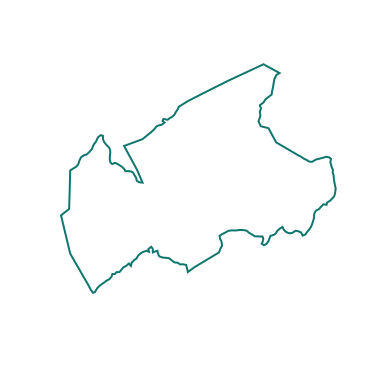 Caririaçu, Ceará, Brazil (Mercator projection), rotated 327°
{"feature_id": "56859067B58793941772217", "entity_name": "Caririaçu", "entity_type": "district", "adm_level": 2, "iso_a3": "BRA", "parent_name": "Brazil", "parent_adm1": "Ceará", "projection": "mercator", "projection_center": [-39.269, -7.028], "detail": "fine", "context": "isolated", "style": "outline", "palette": "teal", "viewbox_px": 384, "rotation_deg": 327, "n_neighbors": 0, "source": "geoboundaries", "source_scale": "gbopen_adm2", "svg_char_len": 2777}
<svg xmlns="http://www.w3.org/2000/svg" viewBox="0 0 384 384"><g transform="rotate(327 192 192)"><path d="M330.2,139.9L321.5,123.8L298.6,120.6L282.3,118.3L258.1,115.6L238.1,113.5L227.4,113.3L225.2,114.8L222.1,116.1L219.3,117.6L216.7,118.1L213.6,117.9L210.9,118.2L207.9,115.2L206.0,116.3L206.7,118.8L203.5,119.1L200.9,118.2L198.0,117.6L195.0,118.7L192.7,119.2L189.2,119.7L185.2,120.1L182.4,120.4L179.1,120.7L160.1,116.4L158.0,143.4L155.6,157.2L152.9,155.0L151.8,152.5L152.9,149.6L152.9,146.8L153.2,143.7L151.8,141.3L149.9,139.8L147.5,138.3L147.7,135.5L146.8,132.3L145.2,128.7L143.4,125.7L140.3,125.1L139.7,122.8L140.8,119.9L142.9,116.9L145.0,114.3L146.2,112.2L146.7,109.7L146.2,107.5L145.8,105.2L145.5,102.3L146.2,99.2L147.9,96.3L146.3,94.6L143.0,94.9L138.6,97.6L135.5,98.7L133.4,100.0L131.5,101.4L127.4,102.6L123.9,103.1L121.1,102.3L117.7,102.5L114.4,104.5L111.4,107.0L108.7,107.7L105.2,107.6L101.6,107.6L98.3,112.4L82.3,135.6L79.7,139.3L69.4,140.3L56.3,177.3L54.3,214.6L53.8,219.2L54.1,222.7L56.4,223.0L58.4,221.8L61.0,220.8L64.3,220.2L68.7,220.1L71.7,219.8L75.2,220.1L78.3,219.2L80.6,217.4L82.5,218.8L85.0,218.1L87.5,219.7L90.6,218.7L93.2,217.8L96.7,218.1L100.1,217.6L100.5,220.7L102.9,218.4L106.6,217.6L109.4,217.5L111.9,216.1L114.7,215.5L118.3,215.6L121.9,216.5L123.3,218.7L124.3,216.1L127.9,215.7L128.2,218.1L126.3,221.4L128.8,221.8L131.0,222.5L130.0,224.8L129.5,228.2L131.7,231.0L136.6,234.9L138.9,241.4L141.6,243.7L142.6,246.3L145.1,247.7L147.4,250.0L145.0,256.9L153.2,256.4L181.7,257.4L185.5,254.6L187.8,253.6L189.1,251.2L189.9,248.9L190.0,246.6L191.3,243.8L194.1,243.7L197.4,244.1L201.5,244.4L204.5,245.9L208.1,248.3L210.3,249.3L213.0,250.9L214.9,252.4L216.8,254.3L217.6,257.2L219.5,261.0L220.6,263.4L223.0,265.0L224.9,266.5L226.9,267.8L226.3,270.1L224.4,272.0L222.3,273.4L223.4,275.8L226.2,276.1L229.2,274.9L231.5,273.3L233.9,271.5L237.2,272.5L239.7,272.4L242.4,271.0L245.9,270.5L248.8,270.5L248.5,274.4L249.5,277.5L251.3,279.8L253.9,280.9L257.8,280.9L260.0,283.1L261.5,285.5L261.0,288.8L263.8,289.4L267.3,288.0L270.2,287.2L272.9,286.0L275.7,284.0L280.2,280.2L282.1,277.5L283.8,276.0L286.0,275.1L289.1,275.5L292.7,274.5L295.5,273.9L297.9,276.0L299.6,274.4L303.2,274.5L306.1,273.8L308.7,273.1L310.7,271.6L312.3,269.8L314.4,267.3L315.9,263.4L317.5,259.5L319.7,255.4L320.6,252.3L322.3,250.0L322.7,247.2L324.2,242.5L326.6,239.9L325.8,237.6L323.6,235.4L320.3,234.6L316.9,233.4L313.5,232.3L309.1,232.1L306.8,230.3L305.8,227.9L304.2,225.4L302.6,221.7L300.4,217.7L293.6,204.1L289.6,196.2L289.9,192.8L290.9,180.1L289.3,178.4L285.5,174.3L286.2,169.0L289.0,166.9L291.1,165.0L292.4,161.9L295.4,159.5L296.1,156.2L300.9,155.8L303.8,154.4L307.2,154.0L311.8,153.7L313.6,151.6L317.2,148.0L322.4,142.3L326.6,139.8L330.2,139.9Z" fill="none" stroke="#0f766e" stroke-width="2"/></g></svg>